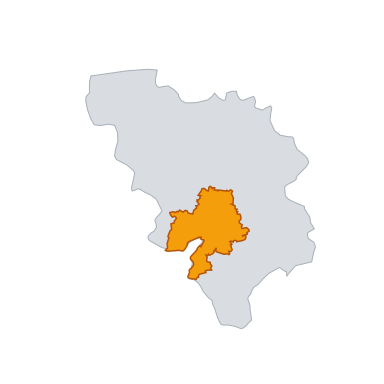 where Namur sits in Belgium, rotated 22°
{"feature_id": "BEL-3476", "entity_name": "Namur", "entity_type": "Province", "adm_level": 1, "iso_a3": "BEL", "parent_name": "Belgium", "parent_adm1": "", "projection": "albers", "projection_center": [4.867, 50.216], "detail": "fine", "context": "in_parent", "style": "filled", "palette": "amber", "viewbox_px": 384, "rotation_deg": 22, "n_neighbors": 0, "source": "natural_earth", "source_scale": "10m", "svg_char_len": 4463}
<svg xmlns="http://www.w3.org/2000/svg" viewBox="0 0 384 384"><g transform="rotate(22 192 192)"><path d="M175.9,91.9L181.4,94.7L186.3,95.4L188.4,94.2L187.1,87.3L191.1,83.7L195.5,82.0L197.5,85.0L201.5,88.0L204.7,88.1L213.2,80.3L215.2,81.8L217.1,84.6L217.5,86.8L217.8,89.2L219.7,90.2L226.5,89.7L229.9,85.4L232.6,82.7L234.6,84.5L235.6,89.8L237.5,96.6L245.6,104.2L252.5,106.3L260.8,104.7L264.2,103.4L266.4,104.5L268.7,108.5L273.6,113.1L283.8,116.2L286.9,118.0L289.1,121.1L288.6,125.5L283.8,136.6L283.2,139.9L283.9,141.0L283.0,143.0L276.7,150.5L276.2,153.1L278.3,157.3L280.1,160.8L284.0,162.5L287.6,163.0L294.4,163.2L301.6,163.3L302.5,165.4L310.7,171.2L313.3,175.9L319.2,180.4L314.5,186.3L315.3,188.8L317.1,191.5L323.7,192.9L327.1,196.6L327.4,202.4L329.1,211.9L315.6,221.6L311.9,232.2L311.6,234.3L311.1,234.0L309.5,230.5L307.0,230.6L301.3,229.2L293.5,238.9L290.1,246.8L288.0,252.7L284.9,257.4L284.3,262.4L284.7,264.5L283.6,267.2L283.6,270.0L288.3,275.5L289.5,278.5L295.2,288.3L293.5,292.0L292.2,295.9L290.6,298.7L288.7,300.4L282.9,300.4L275.6,301.7L270.6,303.7L268.0,303.7L262.7,298.9L256.7,291.5L252.9,288.0L251.2,285.0L246.5,283.7L239.8,280.1L235.2,276.2L231.3,273.7L225.7,272.5L221.1,272.6L219.8,266.0L219.2,258.4L215.5,253.3L220.6,233.3L217.6,231.4L214.3,233.0L209.4,237.7L207.1,243.4L205.8,248.4L197.7,253.1L184.8,254.8L170.9,253.0L168.9,251.7L168.0,250.2L168.0,248.4L169.1,245.7L171.5,242.5L172.2,237.8L169.7,233.8L168.1,232.2L168.8,228.3L170.7,223.4L171.1,220.6L161.7,212.1L154.9,210.3L148.3,210.0L143.3,208.9L140.4,209.3L138.3,211.7L136.1,213.5L134.5,211.3L131.9,196.3L129.7,194.0L121.2,191.3L109.7,190.2L106.6,187.4L105.1,180.7L104.2,172.5L100.6,164.7L98.7,162.7L95.3,159.2L89.3,160.4L82.0,164.7L77.7,165.9L76.1,166.3L70.4,161.8L64.2,154.7L59.3,147.3L58.1,143.2L59.9,138.3L58.1,134.5L55.5,127.5L54.9,122.2L86.3,104.0L105.2,94.7L114.1,92.0L116.0,101.8L117.6,104.9L119.6,107.0L122.4,107.4L125.6,105.1L130.1,102.6L137.3,103.9L142.5,106.4L144.3,108.8L147.7,111.2L152.8,111.8L162.6,107.5L172.0,100.8L174.8,96.1L175.9,91.9Z" fill="#d9dde1" stroke="#a8b0b8" stroke-width="1"/><path d="M218.5,232.5L217.7,232.2L217.3,230.5L215.4,231.4L207.7,239.2L207.2,240.1L207.0,241.2L207.2,241.9L207.5,242.4L207.5,243.2L207.0,246.8L206.5,248.6L205.8,249.9L205.0,250.4L202.0,250.9L191.8,255.9L189.7,256.3L189.1,256.1L189.3,255.6L190.3,253.2L188.2,248.9L187.7,243.0L186.5,242.6L186.2,240.8L186.2,236.2L187.1,234.3L184.4,229.4L187.0,227.4L186.5,225.8L187.4,222.2L186.3,221.4L184.8,221.0L183.5,222.6L182.9,222.6L180.3,221.0L179.1,219.4L182.0,217.3L184.4,217.2L185.4,215.5L186.7,215.5L187.3,213.4L191.3,214.0L192.7,211.5L194.7,211.3L196.1,213.0L200.9,212.2L200.5,208.0L202.3,205.1L200.8,203.3L201.9,203.0L203.0,200.6L199.9,198.7L200.6,198.1L199.9,197.3L200.9,197.1L201.8,194.5L200.9,193.2L201.5,192.2L198.9,192.8L200.2,187.3L200.0,185.3L201.2,184.4L202.5,184.2L205.1,185.2L206.7,184.8L205.9,181.3L206.7,179.9L207.4,179.9L209.4,181.3L209.7,180.1L211.5,179.6L212.0,181.9L214.9,180.7L215.7,181.9L215.4,180.6L215.8,180.3L223.5,178.2L223.5,177.5L225.4,177.7L227.1,175.5L229.3,176.0L229.1,178.7L232.6,182.0L234.4,187.5L233.1,188.5L237.1,188.7L238.2,191.4L239.2,191.5L240.9,190.7L239.9,191.7L240.4,193.4L241.8,193.2L241.5,194.2L242.3,195.6L244.7,194.6L246.3,196.1L247.6,199.1L246.5,201.4L247.4,202.8L251.0,203.8L250.9,205.9L251.9,207.2L255.9,204.6L258.9,205.6L259.6,207.0L258.1,209.1L259.1,210.4L255.2,213.4L255.8,213.9L256.6,212.6L258.3,212.5L259.1,214.3L259.0,216.0L257.0,218.1L252.0,221.4L251.2,220.5L250.4,220.5L248.8,221.6L249.0,223.0L246.9,222.8L245.6,223.8L248.4,225.3L247.6,226.5L248.4,226.5L248.3,227.6L250.9,230.6L250.3,232.6L248.2,233.3L250.1,235.0L249.7,236.2L247.8,236.1L245.8,237.4L244.3,237.8L237.5,238.3L235.9,237.7L235.5,234.6L234.4,238.9L235.1,239.6L234.3,241.5L232.0,244.0L231.2,244.2L230.6,243.5L230.1,245.3L228.7,245.2L230.5,247.0L231.4,250.6L232.2,251.0L235.3,250.4L235.9,251.9L238.1,253.0L237.8,255.5L239.4,257.1L235.7,258.6L233.9,260.3L235.1,261.5L229.7,265.5L229.3,266.5L230.0,268.6L229.0,268.9L228.7,270.8L228.5,271.6L227.1,271.7L224.0,272.8L222.3,273.1L220.4,272.8L219.8,271.9L219.8,267.7L219.6,267.1L218.9,265.9L218.7,265.3L218.9,264.6L219.5,263.9L219.8,263.3L220.1,261.9L220.5,260.9L220.7,260.0L220.6,258.5L219.4,256.4L216.0,255.0L215.0,253.4L215.3,251.6L218.1,244.6L218.2,243.4L218.1,242.5L218.2,241.5L219.5,238.5L220.0,238.3L220.8,239.2L220.9,237.2L221.3,234.9L221.4,232.9L220.8,232.0L218.5,232.5Z" fill="#f59e0b" stroke="#b45309" stroke-width="1.5"/></g></svg>